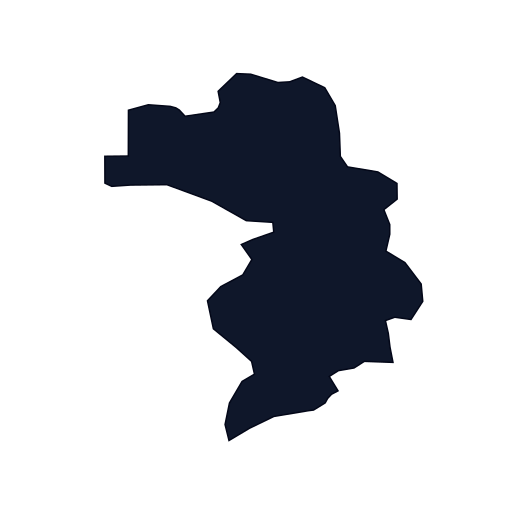 map outline of Tukums (Natural Earth projection), rotated 196°
{"feature_id": "LVA-1092", "entity_name": "Tukums", "entity_type": "Municipality", "adm_level": 1, "iso_a3": "LVA", "parent_name": "Latvia", "parent_adm1": "", "projection": "natural_earth1", "projection_center": [23.127, 56.979], "detail": "fine", "context": "isolated", "style": "filled", "palette": "ink", "viewbox_px": 512, "rotation_deg": 196, "n_neighbors": 0, "source": "natural_earth", "source_scale": "10m", "svg_char_len": 1040}
<svg xmlns="http://www.w3.org/2000/svg" viewBox="0 0 512 512"><g transform="rotate(196 256 256)"><path d="M421.3,284.4L428.8,310.2L406.3,316.9L418.8,361.0L401.2,371.7L379.7,376.2L373.9,376.3L370.0,375.2L362.7,370.8L336.1,382.8L333.1,388.0L332.6,393.6L337.8,403.9L324.9,426.0L311.2,429.3L282.8,428.8L271.7,432.7L260.7,440.8L236.3,436.7L221.3,422.4L209.6,397.0L202.4,375.0L192.6,366.9L162.0,370.4L140.5,364.6L136.0,349.6L145.9,335.8L136.1,323.1L133.4,313.8L132.5,296.5L111.0,290.7L89.5,274.6L83.2,258.4L89.5,237.7L105.7,235.4L113.8,229.6L107.5,218.1L102.1,205.4L95.0,191.5L122.8,184.6L130.9,175.4L145.2,168.5L152.4,160.4L140.0,149.0L145.3,143.9L147.9,138.8L149.0,133.9L158.2,123.8L163.3,121.6L194.6,106.7L214.9,88.5L231.1,71.2L239.3,85.5L241.0,107.4L234.8,131.6L224.9,142.0L231.2,153.5L250.0,162.7L276.9,174.3L290.3,199.6L281.4,216.9L263.5,234.2L259.0,251.5L273.3,263.0L263.5,271.1L245.5,283.8L249.1,293.0L275.1,287.3L313.7,296.5L361.3,300.0L396.2,289.6L413.9,283.2L421.3,284.4Z" fill="#0f172a" stroke="#020617" stroke-width="1.5"/></g></svg>